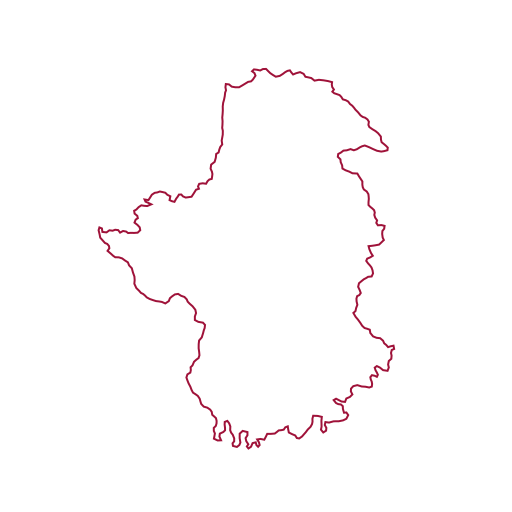 Jaboticatubas, Minas Gerais, Brazil (Mercator projection), rotated 286°
{"feature_id": "56859067B91288962070993", "entity_name": "Jaboticatubas", "entity_type": "district", "adm_level": 2, "iso_a3": "BRA", "parent_name": "Brazil", "parent_adm1": "Minas Gerais", "projection": "mercator", "projection_center": [-43.732, -19.423], "detail": "fine", "context": "isolated", "style": "outline", "palette": "rose", "viewbox_px": 512, "rotation_deg": 286, "n_neighbors": 0, "source": "geoboundaries", "source_scale": "gbopen_adm2", "svg_char_len": 6027}
<svg xmlns="http://www.w3.org/2000/svg" viewBox="0 0 512 512"><g transform="rotate(286 256 256)"><path d="M76.2,263.7L74.1,265.4L71.2,265.7L68.8,265.9L68.1,270.0L69.2,273.2L72.4,270.6L75.3,270.2L77.8,273.1L79.9,274.3L82.3,273.6L85.3,272.3L87.9,271.7L89.6,273.9L87.8,276.3L85.1,278.3L81.4,279.2L79.3,280.8L77.8,282.9L74.7,285.3L71.8,286.1L69.5,285.1L67.1,286.2L67.2,290.3L69.7,292.1L72.4,292.4L76.4,290.5L80.7,289.3L84.2,291.4L84.4,296.3L81.3,297.2L78.1,296.2L75.3,297.7L72.9,300.5L70.4,299.7L68.9,301.8L71.3,303.8L75.2,304.3L76.8,307.1L74.4,308.5L73.2,310.6L75.3,311.6L77.7,310.2L80.0,307.7L81.4,310.8L81.7,314.6L85.1,315.3L88.1,315.8L89.2,319.5L90.5,323.0L92.8,324.7L94.6,325.9L95.6,328.4L96.7,330.5L99.4,331.4L101.0,333.5L98.5,334.6L95.4,336.2L94.7,339.8L94.3,343.2L92.3,345.4L92.5,347.8L95.2,350.0L98.0,351.3L100.3,352.4L103.5,353.6L106.8,355.5L109.9,356.2L112.3,356.0L115.1,355.1L118.2,355.0L119.3,359.5L119.5,363.6L115.6,364.3L112.5,365.3L109.9,366.1L107.0,366.3L104.9,369.3L107.4,371.5L110.2,371.0L112.5,368.7L115.5,368.5L116.0,372.1L118.5,376.2L119.9,381.0L122.0,385.0L124.4,387.7L128.5,388.5L130.5,386.0L129.6,383.8L133.0,381.7L135.6,380.8L136.7,378.5L136.3,375.9L136.7,373.5L138.9,370.4L140.9,372.3L139.7,378.3L140.3,381.8L143.9,382.1L146.4,385.1L149.5,386.8L152.0,384.5L154.7,383.9L157.7,385.4L159.8,389.0L159.7,393.6L160.5,397.2L160.8,401.1L162.4,403.3L165.0,402.9L167.1,401.9L168.9,400.4L171.0,399.3L173.4,400.3L173.6,403.1L173.2,405.5L175.4,405.9L177.3,404.3L179.0,402.5L181.4,400.9L183.5,402.5L182.9,405.9L181.3,409.6L181.9,414.1L185.4,414.4L188.1,412.9L191.7,412.6L194.5,414.4L197.6,413.8L200.0,412.5L203.1,412.4L204.7,414.4L207.7,412.9L206.2,410.1L204.8,408.1L206.4,405.7L207.4,403.3L209.6,401.5L211.2,398.0L210.6,394.4L211.0,390.7L213.5,387.1L216.5,385.7L216.7,382.9L216.7,380.2L218.2,377.3L220.5,374.7L223.0,371.5L225.0,368.5L228.1,365.3L230.5,366.8L233.7,366.6L237.0,366.9L240.1,365.2L242.7,364.3L245.3,364.3L246.9,366.1L249.3,366.9L251.9,365.0L254.5,362.7L258.2,362.5L261.0,364.4L263.4,366.1L265.0,367.8L266.9,369.5L268.2,372.8L271.5,373.3L274.3,372.0L276.8,370.2L278.3,368.2L279.9,365.6L281.7,363.3L284.1,363.6L286.1,366.1L288.4,368.2L290.6,365.7L293.8,363.1L296.5,361.5L297.7,364.5L299.1,367.6L300.9,371.2L304.0,373.0L306.6,374.5L308.6,372.7L312.0,371.2L314.9,370.6L317.5,371.7L320.4,371.3L320.3,368.1L319.1,364.7L321.0,362.5L323.6,362.6L325.7,360.0L328.1,358.4L330.5,358.2L332.6,356.9L333.8,354.6L334.8,352.2L336.0,350.1L338.8,349.3L342.0,348.7L344.2,347.9L346.4,347.0L348.5,344.7L349.7,341.3L351.5,339.7L353.8,338.6L357.0,337.7L359.3,335.0L361.0,333.0L363.2,330.7L362.1,325.9L362.8,322.4L363.1,318.4L363.9,315.0L366.9,313.8L369.5,311.6L372.2,310.5L373.9,307.3L376.7,306.9L378.7,309.0L381.4,311.0L382.6,314.1L384.8,317.4L384.6,320.9L386.4,323.5L389.1,325.9L390.7,327.7L392.2,330.1L392.0,332.6L391.7,335.2L391.1,338.7L390.5,343.3L390.9,347.6L392.0,350.0L393.9,353.2L396.5,352.8L397.8,350.5L398.8,348.3L400.0,345.4L402.2,344.1L405.2,343.1L407.7,339.5L409.0,336.5L410.0,332.8L411.2,329.4L413.0,327.9L416.2,327.5L418.0,325.5L419.0,322.8L419.1,320.2L420.0,317.7L422.2,314.6L424.1,311.2L425.5,309.4L427.0,307.1L428.0,304.5L429.9,302.0L430.5,299.3L430.5,296.3L432.5,294.1L433.7,292.0L433.9,288.9L434.0,286.3L435.0,284.1L437.5,285.0L439.4,282.7L441.7,281.6L444.1,281.2L444.0,277.0L443.5,272.5L442.7,267.9L440.7,263.9L442.3,260.1L442.1,256.6L441.9,254.1L444.2,251.6L444.9,247.7L442.7,244.1L440.7,241.6L442.3,239.2L443.8,237.4L442.6,235.2L440.8,233.4L438.4,231.6L435.7,229.2L433.8,225.6L434.7,222.3L435.7,219.3L437.1,216.7L438.6,214.1L437.6,211.1L435.5,208.9L435.3,205.7L434.8,202.6L432.5,201.3L431.4,204.1L429.2,205.8L426.7,205.0L424.6,204.3L422.5,203.1L421.2,200.4L418.9,198.3L416.3,195.9L413.5,193.2L412.5,189.6L412.1,186.0L413.5,182.8L413.0,179.6L409.8,180.1L407.0,181.5L404.6,181.3L401.1,181.9L397.4,182.2L394.2,182.2L390.6,182.8L386.7,184.0L383.1,184.8L379.8,185.4L376.4,186.7L372.8,187.6L369.8,188.2L367.2,189.6L363.4,190.6L360.5,190.9L357.5,191.2L353.9,192.8L351.0,191.6L348.2,191.4L345.2,191.5L343.1,189.6L339.4,190.3L335.1,190.3L331.5,187.7L327.4,188.3L324.9,190.4L322.8,191.5L320.4,191.9L317.9,192.2L316.7,190.1L314.6,188.8L311.7,188.1L311.2,184.7L309.7,181.5L306.9,181.1L304.9,182.6L303.2,180.1L299.0,178.9L295.2,177.7L293.8,174.6L292.8,172.3L293.2,169.3L294.5,167.3L293.8,165.0L291.5,164.4L289.2,163.5L285.6,162.7L285.5,160.1L285.9,157.5L289.8,157.2L290.4,153.9L291.8,151.4L291.7,148.6L291.5,145.8L289.9,143.6L288.8,141.2L286.2,139.0L282.7,138.0L280.1,137.2L279.6,133.3L277.8,134.8L277.4,137.8L276.8,141.1L274.0,137.6L273.4,134.5L273.1,131.8L270.6,129.7L267.7,128.2L265.9,126.4L263.3,127.6L261.9,130.8L259.8,132.0L257.8,130.3L254.6,130.0L253.2,133.5L251.5,136.3L248.9,137.6L245.8,135.8L244.6,132.5L243.7,129.1L242.8,126.7L243.7,124.4L243.4,121.3L241.0,118.9L242.9,116.4L242.4,113.4L240.8,111.2L240.3,108.0L237.5,105.8L236.8,101.7L240.0,100.3L240.3,97.6L237.4,97.6L233.5,99.8L230.7,101.2L228.3,105.0L226.9,107.2L226.6,109.7L225.1,111.9L223.0,112.9L220.0,111.9L218.3,115.7L216.8,118.7L216.0,121.0L216.9,124.5L216.8,128.0L215.6,131.2L214.6,134.6L212.0,136.6L210.0,140.0L206.2,142.3L202.7,144.8L199.4,146.0L195.8,146.7L192.2,149.8L190.3,153.3L188.8,155.6L188.4,158.0L187.4,160.2L186.1,162.4L185.4,165.6L185.2,169.0L185.1,172.3L185.6,175.4L185.9,178.2L185.4,181.9L188.6,184.6L191.7,184.9L194.0,186.4L196.7,188.6L198.1,191.6L197.1,195.0L196.9,198.5L195.2,201.4L193.3,202.9L191.9,205.3L190.2,208.9L187.6,212.5L184.6,214.1L181.0,213.9L177.6,214.9L176.8,218.7L177.3,223.4L175.7,226.0L172.6,226.5L170.3,226.3L167.2,226.4L162.8,226.3L159.1,224.6L155.5,225.2L151.5,226.3L148.1,227.8L145.0,229.0L142.0,228.9L140.0,227.3L137.3,225.6L133.3,225.1L131.0,223.8L128.4,224.8L125.8,225.0L123.3,222.7L120.0,222.6L117.6,224.3L115.0,226.3L112.3,228.9L109.5,231.0L107.3,233.1L106.5,235.8L105.5,238.6L103.3,241.2L101.0,242.6L98.7,244.1L96.8,247.3L96.8,251.0L95.7,254.3L94.0,256.4L91.3,257.7L90.2,260.1L89.1,262.2L86.6,263.6L84.2,264.2L81.6,264.2L79.1,262.8L76.2,263.7Z" fill="none" stroke="#9f1239" stroke-width="2"/></g></svg>